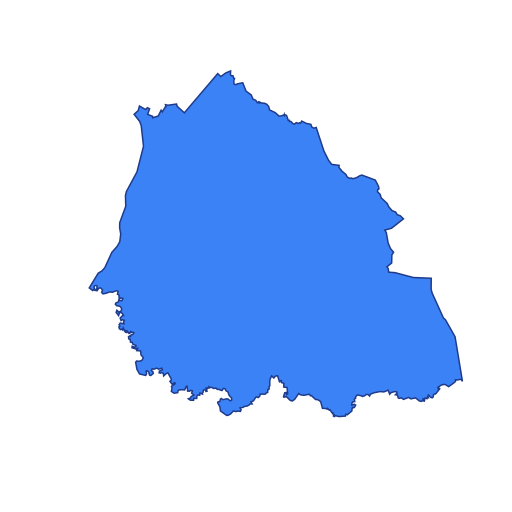 Kalniešu pag., Kraslavas, Latvia, rotated 74°
{"feature_id": "27541924B55230125144242", "entity_name": "Kalniešu pag.", "entity_type": "district", "adm_level": 2, "iso_a3": "LVA", "parent_name": "Latvia", "parent_adm1": "Kraslavas", "projection": "orthographic", "projection_center": [27.395, 55.888], "detail": "fine", "context": "isolated", "style": "filled", "palette": "blue", "viewbox_px": 512, "rotation_deg": 74, "n_neighbors": 0, "source": "geoboundaries", "source_scale": "gbopen_adm2", "svg_char_len": 6120}
<svg xmlns="http://www.w3.org/2000/svg" viewBox="0 0 512 512"><g transform="rotate(74 256 256)"><path d="M344.1,372.9L351.0,371.3L352.3,372.0L352.7,373.3L355.5,372.3L356.0,371.7L355.4,369.2L355.9,368.7L357.0,369.7L357.3,372.2L358.3,373.3L359.5,373.0L362.8,374.7L365.3,372.6L365.8,368.9L364.0,368.1L363.6,367.1L364.1,364.0L365.1,361.5L362.1,359.0L362.2,358.1L367.0,359.0L367.7,357.1L367.1,355.8L368.0,354.3L370.2,355.7L372.4,354.0L372.8,354.2L373.1,357.0L374.4,358.0L374.6,360.4L376.5,358.9L377.5,355.8L375.7,355.2L376.6,352.3L373.8,351.1L373.6,350.2L374.3,348.5L372.3,347.7L374.0,345.5L372.9,345.4L372.4,344.5L370.4,343.5L370.5,342.2L371.6,340.9L372.3,341.4L372.4,340.3L369.2,340.5L369.3,339.7L370.1,339.5L369.5,338.8L370.0,337.6L368.7,337.3L369.8,336.2L370.0,334.8L371.6,333.4L372.0,330.8L373.5,330.1L374.0,328.4L375.7,326.4L375.9,325.5L374.3,324.0L375.0,322.3L377.1,322.1L379.0,320.4L382.5,320.3L385.9,318.6L387.7,319.1L388.1,320.7L385.9,322.2L385.2,323.4L385.0,327.3L383.4,328.7L383.8,329.7L385.8,330.7L385.7,332.7L386.5,333.3L391.1,332.3L395.2,332.9L401.2,328.1L401.4,326.5L400.8,323.9L398.7,320.4L400.0,318.3L400.1,316.1L401.1,313.8L399.7,312.7L397.6,313.2L397.9,310.1L397.4,308.1L397.8,306.0L397.3,303.5L396.5,302.5L397.1,300.5L394.8,301.0L394.5,298.3L391.7,295.1L391.5,294.1L392.6,293.2L392.6,292.5L391.6,290.9L389.9,290.0L391.2,285.9L391.3,285.1L390.3,283.5L390.4,282.4L387.7,281.5L387.8,280.6L387.2,279.8L385.4,279.7L384.7,278.6L378.8,276.8L375.5,274.0L378.2,272.5L376.8,270.5L377.0,268.3L383.3,268.1L382.6,266.6L382.8,265.9L384.6,266.5L386.1,264.3L389.6,265.5L391.0,262.4L397.3,263.6L397.6,264.7L395.5,264.5L395.4,266.1L399.0,268.4L399.4,268.1L399.6,265.5L404.1,263.0L405.4,261.1L404.5,258.4L399.9,252.8L401.6,251.7L403.1,248.4L403.6,242.8L405.4,242.2L405.5,241.2L410.4,238.3L411.0,236.4L413.7,234.0L420.7,234.1L422.0,230.5L422.8,229.9L422.2,229.2L424.5,228.0L424.4,227.1L427.5,226.3L427.8,225.4L428.8,225.8L429.9,224.6L431.1,225.7L432.0,224.9L431.4,223.7L433.3,220.3L434.5,214.2L432.9,213.4L433.8,212.0L431.4,206.6L428.5,205.4L428.2,204.9L428.8,204.2L428.6,203.1L426.8,201.3L425.6,202.4L425.7,205.0L424.1,204.5L422.9,203.2L423.2,201.2L420.7,200.9L420.2,199.4L418.9,199.2L417.5,196.9L419.4,193.2L420.4,192.4L420.3,190.1L419.5,188.5L420.0,186.5L421.9,185.4L420.4,184.2L420.0,180.2L420.5,174.2L421.9,170.5L421.4,166.0L425.7,165.6L424.6,164.0L424.5,160.2L425.4,158.2L426.8,158.2L427.8,160.2L428.6,158.4L431.7,158.4L432.3,157.6L432.4,155.3L434.5,153.8L434.0,148.3L436.0,146.5L436.4,141.7L440.3,139.0L441.3,137.3L441.0,135.6L441.9,134.3L440.9,133.7L440.9,134.9L439.7,134.9L440.2,134.1L439.5,134.3L439.2,132.3L440.3,131.0L439.4,130.4L439.8,129.4L438.3,129.6L437.1,128.6L439.9,127.1L440.9,125.7L440.3,124.5L438.5,123.7L437.8,122.6L438.1,121.7L437.8,120.9L434.3,116.0L433.3,116.5L433.7,117.4L432.4,117.5L431.1,113.3L431.3,110.5L431.9,109.3L434.7,106.8L432.1,99.7L431.1,98.5L430.0,98.4L430.8,96.1L430.8,93.7L431.5,92.7L433.4,92.1L388.5,86.9L369.4,91.5L367.3,92.9L340.1,96.9L336.2,96.8L325.7,93.7L320.0,110.8L310.3,127.0L308.1,132.9L304.5,132.4L302.5,133.1L300.1,127.5L292.4,125.1L290.3,122.7L285.9,124.7L279.9,125.4L269.4,124.3L266.6,125.1L266.7,118.1L260.9,104.0L257.0,106.3L255.3,108.8L252.2,109.7L249.9,112.7L245.4,114.8L241.7,115.4L234.7,119.6L230.9,119.7L227.7,121.5L225.9,120.8L225.4,119.3L223.0,119.0L215.9,120.4L207.4,131.9L207.4,133.9L208.4,137.8L208.4,141.5L207.2,143.1L207.1,144.8L205.1,146.6L202.4,147.1L198.3,149.9L193.6,151.9L191.8,151.1L188.8,158.0L183.9,159.9L173.6,161.8L149.0,162.7L149.1,165.0L148.5,165.8L147.3,166.8L144.5,167.0L142.6,170.8L138.9,174.9L140.6,176.5L139.9,177.6L140.3,178.7L138.9,180.5L139.8,182.7L139.0,184.0L136.4,185.3L135.9,186.7L134.8,186.5L134.4,187.6L129.3,187.9L128.2,189.2L128.7,189.8L127.9,189.8L128.6,190.2L128.1,190.7L128.3,193.4L127.8,195.3L123.5,198.0L119.3,202.7L115.8,202.6L113.2,203.8L111.7,205.4L110.1,209.2L109.0,210.0L109.6,210.6L108.6,211.2L109.3,211.8L108.9,212.5L106.3,213.3L104.3,215.7L99.8,216.2L94.8,220.1L85.8,221.0L85.4,226.5L85.8,228.1L84.6,229.7L81.5,229.1L79.4,227.7L79.0,228.4L76.3,228.5L76.0,230.0L74.7,230.6L71.1,229.4L71.7,234.6L73.8,240.4L70.1,242.5L98.6,285.4L90.4,290.5L88.0,290.5L86.8,299.0L85.6,301.3L87.7,301.4L87.7,302.1L91.6,306.3L89.7,307.0L94.5,311.4L94.6,317.2L93.2,316.9L90.0,321.1L85.1,317.7L83.5,319.6L84.8,321.7L79.7,326.7L83.8,329.2L86.2,334.1L94.7,330.7L99.1,330.4L119.5,333.9L142.3,347.2L158.3,362.8L161.8,364.8L172.3,367.5L186.4,377.8L191.2,379.3L197.6,380.0L204.7,383.0L208.3,386.6L212.8,393.6L225.6,404.6L227.9,408.3L229.0,412.4L240.7,425.1L244.2,422.5L243.0,420.2L241.4,420.4L240.3,419.5L240.1,418.7L240.5,417.6L241.1,417.1L243.6,418.0L244.7,420.1L245.6,418.3L243.7,416.2L243.7,414.7L244.2,413.8L246.5,412.9L248.3,414.4L250.2,413.6L250.5,410.5L250.2,406.7L251.3,403.9L250.9,400.4L251.2,399.1L252.0,398.3L254.5,399.7L255.8,398.5L259.7,399.4L259.1,397.4L260.1,395.7L261.8,397.0L261.9,397.8L260.6,400.2L262.1,400.7L262.6,403.8L263.5,404.5L265.4,403.7L266.5,401.0L268.4,399.9L270.1,399.7L271.6,400.9L272.1,403.3L269.8,404.7L271.7,406.0L275.4,404.5L273.1,403.0L273.0,401.4L274.5,400.3L276.7,399.8L276.5,400.7L278.2,403.7L280.9,403.5L280.5,402.0L281.5,400.3L283.0,401.5L284.8,401.6L283.0,405.0L284.4,406.6L285.3,406.1L286.2,406.4L286.3,407.3L288.2,407.4L289.5,406.3L289.4,404.9L290.3,404.5L288.6,403.5L291.0,403.1L292.1,401.8L292.2,402.8L293.1,402.6L293.9,401.4L292.6,400.6L295.5,399.4L295.4,398.8L294.7,399.0L295.1,397.2L294.2,397.1L296.1,394.5L297.4,395.9L297.5,398.0L298.8,398.9L298.0,399.6L298.6,400.9L300.7,401.1L301.6,399.9L304.2,400.4L304.9,398.8L306.8,398.7L309.0,396.0L309.7,396.4L310.2,397.8L308.6,399.9L310.0,400.5L312.4,397.0L311.8,396.5L312.2,395.1L314.1,396.7L315.4,393.1L319.4,393.8L322.7,392.3L325.0,394.6L324.9,397.8L324.0,399.7L325.0,401.0L332.1,401.7L337.3,400.5L340.4,394.9L339.0,393.6L336.4,393.4L336.3,392.3L337.9,391.1L341.1,391.2L341.9,390.1L340.6,387.1L338.8,387.0L337.2,388.1L335.8,386.9L336.7,385.4L336.4,382.3L338.0,380.8L337.8,377.5L339.6,377.3L340.0,380.6L341.6,381.3L342.3,380.2L342.1,378.9L343.2,377.4L345.8,377.8L344.1,374.3L344.1,372.9Z" fill="#3b82f6" stroke="#1e3a8a" stroke-width="1.5"/></g></svg>